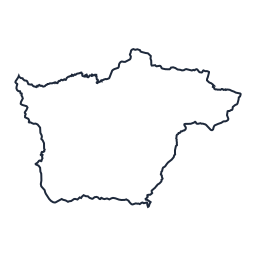 Chiang Muan, Phayao, Thailand
{"feature_id": "78962969B85526805551383", "entity_name": "Chiang Muan", "entity_type": "district", "adm_level": 2, "iso_a3": "THA", "parent_name": "Thailand", "parent_adm1": "Phayao", "projection": "mercator", "projection_center": [100.288, 18.938], "detail": "fine", "context": "isolated", "style": "outline", "palette": "slate", "viewbox_px": 256, "rotation_deg": 0, "n_neighbors": 0, "source": "geoboundaries", "source_scale": "gbopen_adm2", "svg_char_len": 5648}
<svg xmlns="http://www.w3.org/2000/svg" viewBox="0 0 256 256"><path d="M238.6,99.4L238.8,97.4L240.0,96.5L240.6,94.7L240.6,93.9L240.2,93.5L235.8,92.6L234.0,91.6L231.7,90.8L229.7,89.8L227.4,89.5L226.7,89.6L226.4,89.9L226.0,89.9L225.7,89.5L225.2,89.9L224.8,89.6L223.4,89.9L222.8,89.2L222.1,89.0L221.7,89.0L220.6,89.8L219.0,89.6L217.7,89.7L216.8,89.4L215.3,89.4L214.3,88.7L214.2,87.9L212.8,86.9L212.9,86.6L213.4,86.6L213.1,85.9L213.5,85.5L213.8,85.5L212.6,84.3L211.1,83.2L209.5,82.6L208.8,82.1L207.0,80.4L207.0,79.2L207.9,76.8L209.0,72.6L209.0,72.0L208.1,71.5L206.9,71.1L205.4,71.2L203.4,70.4L203.0,70.7L202.2,72.2L201.7,72.5L200.8,72.4L199.6,72.2L199.0,71.7L197.8,70.1L197.1,69.4L196.5,69.2L195.3,69.6L194.9,70.1L194.4,70.3L193.3,69.9L191.9,70.5L186.2,69.1L185.2,69.4L183.8,70.2L182.0,70.4L180.3,69.8L177.6,69.5L175.3,68.0L173.1,67.3L171.0,67.6L170.2,68.8L169.4,69.3L165.4,69.2L162.2,68.5L161.5,67.9L161.2,67.0L160.6,66.2L160.2,65.9L159.6,65.8L156.6,66.3L155.8,65.9L155.2,65.2L152.8,65.5L151.7,65.5L151.3,64.5L151.2,60.6L150.5,58.6L150.8,56.0L147.9,53.3L145.6,53.0L141.8,52.0L140.5,51.5L140.0,50.2L137.4,49.3L135.2,49.8L133.4,49.1L132.3,49.5L131.5,50.1L131.1,50.6L130.6,52.9L129.9,54.4L130.0,54.9L130.8,56.3L130.8,56.9L130.5,58.5L129.9,59.4L125.1,61.9L124.1,61.9L121.8,61.5L120.6,62.0L119.4,63.5L119.0,64.8L118.8,66.8L118.2,67.8L114.3,69.1L113.0,69.9L112.2,70.6L109.4,77.8L109.0,78.3L107.6,78.9L106.5,79.2L105.8,79.0L103.9,79.5L103.6,79.8L102.8,80.1L102.0,80.2L101.8,80.9L101.5,80.5L101.2,80.4L100.2,81.6L99.0,81.8L99.0,82.1L98.5,82.4L97.3,82.5L97.2,83.0L96.8,82.9L96.7,82.4L97.8,81.4L97.9,80.3L97.7,79.7L96.9,79.5L96.5,77.6L96.6,76.3L96.4,75.9L96.0,75.9L96.2,74.8L95.0,74.7L93.8,75.4L92.0,74.5L91.8,74.8L92.0,75.6L91.9,76.0L91.6,76.0L90.9,75.4L89.8,75.4L88.4,77.2L87.8,77.2L86.8,76.5L86.0,76.5L86.3,75.9L87.2,75.9L86.6,74.6L85.1,75.3L84.2,76.5L82.5,75.9L82.3,75.5L82.4,74.0L81.7,73.6L81.5,72.6L81.2,72.5L79.2,73.3L77.0,73.7L75.6,74.8L74.9,74.4L73.0,75.9L72.6,75.8L72.5,74.9L71.9,74.7L71.2,76.1L70.3,76.0L69.1,76.7L68.4,76.7L66.8,77.9L65.8,79.9L65.1,79.9L64.5,79.3L63.9,79.5L62.8,80.3L61.6,79.8L61.2,79.8L59.7,81.1L59.1,80.9L58.5,81.3L57.5,83.1L56.9,83.1L55.7,82.4L55.0,83.0L54.6,82.5L52.2,83.3L50.0,83.3L48.6,84.0L47.5,84.0L46.8,84.8L45.7,85.2L44.8,86.2L43.3,86.6L42.9,86.5L41.8,85.7L41.2,85.9L40.3,85.8L39.7,85.1L39.3,84.9L38.3,85.6L37.7,85.7L37.9,86.0L37.4,86.3L37.4,86.6L36.7,86.6L36.2,87.1L34.9,86.5L34.1,86.5L32.9,85.8L31.7,84.4L30.7,84.6L28.4,84.2L27.2,81.3L26.4,80.7L24.4,80.4L23.0,79.1L22.6,78.3L20.7,78.0L19.1,76.7L18.8,75.9L18.2,77.4L15.6,81.3L15.4,82.2L16.2,83.3L17.2,83.9L17.3,84.2L16.6,86.6L16.4,88.2L17.0,89.9L18.3,91.1L20.1,91.3L20.5,93.3L21.6,93.4L21.8,93.8L21.5,95.5L22.2,96.6L22.8,98.5L21.0,101.9L20.7,103.7L20.8,104.0L22.2,104.9L26.6,106.2L27.5,107.5L26.6,109.7L24.8,112.3L24.9,113.1L25.7,114.0L25.7,114.3L25.0,115.8L25.1,117.3L28.3,118.8L29.1,120.4L29.2,121.1L28.8,122.0L29.2,122.5L30.6,122.4L32.1,123.2L33.7,123.8L35.5,123.6L36.2,123.8L37.6,124.5L40.1,127.6L40.4,132.9L41.6,135.2L41.9,136.8L41.3,138.9L42.7,140.4L44.0,143.2L44.1,148.5L44.7,149.7L44.1,150.5L44.3,151.2L44.1,151.5L43.0,152.0L42.0,151.9L41.5,152.5L41.5,153.5L41.1,154.2L41.4,154.2L41.3,154.6L41.8,154.4L42.6,154.9L42.0,156.7L42.5,158.2L41.7,159.9L41.5,160.9L41.1,161.2L40.0,160.5L39.4,160.6L39.0,160.8L37.5,162.7L35.9,163.7L35.6,164.0L35.8,164.4L38.5,165.6L40.1,167.7L40.4,171.7L41.2,173.5L41.3,175.7L41.4,180.5L40.8,184.1L41.3,186.4L44.6,190.1L45.2,192.4L45.9,193.9L49.2,199.0L51.0,200.9L52.3,201.7L53.1,202.2L54.6,202.5L55.5,202.4L61.7,199.0L63.1,199.8L65.6,200.4L68.0,201.8L69.0,201.3L71.2,201.0L74.1,199.0L75.1,198.9L77.5,199.5L79.7,197.4L81.1,198.0L82.0,196.6L83.6,195.2L85.8,196.2L87.9,196.3L89.5,197.8L92.1,198.8L92.7,198.7L94.6,197.2L96.6,196.9L97.9,197.4L99.4,198.9L100.1,199.1L100.5,199.0L101.1,197.9L101.4,197.8L103.2,198.8L104.5,199.1L106.7,198.5L107.2,198.5L109.3,199.4L111.5,198.3L113.0,197.9L115.3,198.3L119.0,199.6L121.4,200.0L124.7,199.9L126.3,199.4L127.4,200.1L128.4,200.6L128.8,201.0L129.1,201.7L130.6,203.4L131.6,204.2L132.3,204.4L132.8,204.4L135.7,203.4L137.5,203.7L138.6,203.6L139.8,204.1L141.4,202.9L142.3,202.5L142.7,202.5L143.4,203.1L143.9,203.2L146.9,202.5L147.2,202.8L147.3,204.7L148.0,206.9L148.4,206.7L148.8,206.3L149.6,203.8L150.6,202.1L147.5,200.0L145.8,199.6L145.6,198.9L146.7,198.1L147.1,197.3L147.7,196.9L147.7,196.5L147.3,195.7L147.4,195.1L148.3,194.8L150.3,194.7L151.8,193.5L152.2,193.0L151.7,192.1L151.7,190.6L155.2,187.6L156.1,186.3L157.0,185.5L157.4,184.7L159.5,183.4L161.3,181.5L161.6,180.3L161.5,179.8L162.4,179.0L162.6,178.6L161.9,176.9L161.8,175.4L160.9,174.6L160.8,174.2L161.2,173.3L161.4,171.7L162.1,171.0L162.6,168.7L163.1,167.6L164.7,166.7L165.5,165.9L166.4,164.5L168.0,162.5L171.7,159.6L173.7,157.2L174.2,155.3L175.1,154.5L175.0,153.2L175.0,150.2L175.9,146.1L176.2,145.7L176.9,145.3L177.0,145.0L176.8,143.7L176.9,142.5L176.6,140.7L176.7,139.4L176.2,138.5L176.5,137.1L176.6,135.4L177.0,134.7L178.2,134.0L178.6,133.0L179.7,132.9L180.3,132.5L180.8,131.4L182.3,131.2L183.4,130.5L184.4,130.4L185.4,129.5L185.8,128.6L185.8,127.4L184.5,125.4L184.3,124.8L184.5,124.1L185.3,123.9L190.7,123.8L194.0,122.6L195.1,121.8L195.5,122.0L196.5,123.5L196.9,123.7L198.0,123.8L200.5,123.2L201.4,123.7L203.0,123.7L205.3,124.4L206.1,124.9L210.7,129.8L211.4,130.1L212.2,130.1L213.1,129.4L213.6,127.4L214.1,126.2L214.7,125.4L218.1,123.9L221.3,122.8L223.4,121.4L225.5,121.3L226.7,120.9L228.0,119.9L228.3,119.2L228.3,118.6L227.0,115.2L227.6,111.3L228.1,111.0L229.6,111.0L230.7,110.2L231.8,110.0L232.2,109.7L232.5,109.1L232.8,107.0L233.2,106.6L235.2,105.0L236.9,104.3L237.5,103.5L238.6,99.4Z" fill="none" stroke="#1e293b" stroke-width="2"/></svg>